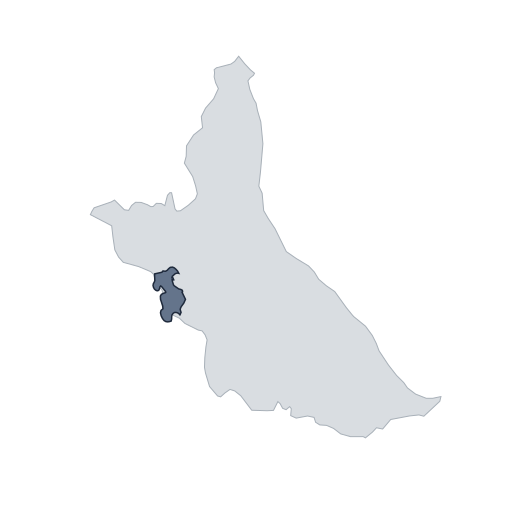 Moldova, with Grigoriopol highlighted, rotated 169°
{"feature_id": "MDA-1637", "entity_name": "Grigoriopol", "entity_type": "Territorial Unit", "adm_level": 1, "iso_a3": "MDA", "parent_name": "Moldova", "parent_adm1": "", "projection": "albers", "projection_center": [29.428, 47.137], "detail": "fine", "context": "in_parent", "style": "filled", "palette": "slate", "viewbox_px": 512, "rotation_deg": 169, "n_neighbors": 0, "source": "natural_earth", "source_scale": "10m", "svg_char_len": 3108}
<svg xmlns="http://www.w3.org/2000/svg" viewBox="0 0 512 512"><g transform="rotate(169 256 256)"><path d="M101.3,82.7L103.3,78.3L121.8,66.7L126.4,68.9L135.8,69.7L155.0,69.8L164.7,62.0L170.5,64.4L175.3,60.9L183.3,56.6L184.4,57.6L185.4,58.3L197.6,60.6L206.8,65.2L212.8,72.0L219.1,76.3L225.6,78.0L229.2,81.4L229.8,86.5L235.9,89.1L247.5,89.2L252.4,92.7L250.5,99.4L251.7,101.7L255.8,99.4L258.9,101.4L260.5,106.5L262.3,108.9L268.3,101.1L274.6,102.0L289.6,105.4L297.6,121.7L302.6,127.6L307.0,130.0L312.6,127.5L317.6,124.5L320.4,125.9L326.5,136.7L327.9,150.8L327.8,156.6L325.6,166.1L322.5,176.3L320.0,183.0L321.0,188.3L323.2,192.8L326.8,194.3L338.6,203.3L343.1,209.6L349.5,214.3L354.4,214.5L356.9,217.1L357.8,220.3L357.2,228.3L354.4,235.9L354.8,240.7L359.2,246.5L359.6,253.1L359.9,257.4L362.3,260.7L373.2,268.0L387.5,275.1L391.1,281.2L393.4,288.9L392.8,301.8L391.9,313.2L410.7,328.2L408.6,331.1L405.7,334.2L387.8,336.7L384.2,337.9L376.4,326.5L372.3,325.1L368.5,329.3L364.0,331.7L358.5,330.5L352.7,327.0L349.8,324.5L347.5,324.2L343.8,326.7L339.0,325.6L335.9,322.8L331.3,332.5L328.5,334.6L326.8,334.2L326.5,317.7L325.2,315.2L321.6,314.8L312.8,318.7L304.5,323.7L301.7,328.2L301.9,336.4L303.0,346.1L308.6,360.8L305.5,367.2L303.2,377.4L294.2,386.7L284.0,392.1L283.1,403.3L277.3,410.8L267.6,418.4L261.0,427.5L262.6,433.8L262.9,439.8L261.7,443.8L261.5,446.9L258.9,448.3L244.0,449.2L239.8,451.1L234.9,455.4L230.5,447.0L225.9,439.7L222.6,435.7L224.0,433.9L227.8,431.9L230.5,429.5L230.3,420.8L228.5,410.9L226.8,406.0L226.8,398.5L225.7,386.7L227.8,364.9L235.6,337.6L239.9,324.0L238.0,316.5L239.8,299.1L236.8,290.4L232.1,279.1L225.4,254.5L216.9,245.8L206.3,236.2L201.8,229.1L198.9,221.2L192.7,213.4L185.5,206.1L177.2,188.1L172.9,180.0L171.6,177.8L161.9,166.2L157.0,155.8L154.6,147.2L153.3,139.4L146.8,123.7L140.8,111.9L135.1,103.5L132.5,97.6L125.7,90.0L116.0,83.8L109.6,82.6L101.3,82.7Z" fill="#d9dde1" stroke="#a8b0b8" stroke-width="1"/><path d="M341.9,212.7L342.8,214.2L344.0,215.3L345.4,215.9L346.8,216.1L348.2,215.6L349.8,214.1L350.4,212.3L350.8,210.3L351.7,208.3L353.5,208.1L355.3,208.2L357.0,208.8L358.5,210.1L359.7,212.4L360.5,215.4L360.6,218.5L359.6,220.7L357.4,221.9L357.1,224.8L358.0,231.7L357.5,234.9L356.2,236.4L354.2,237.0L351.8,237.3L351.5,237.6L351.5,238.0L351.6,238.5L351.8,238.9L354.5,244.0L355.3,244.8L356.2,244.0L357.0,242.3L358.1,240.8L359.7,240.7L360.9,241.5L362.0,242.9L362.6,244.7L362.7,246.7L362.0,248.5L360.9,249.7L360.0,251.2L359.3,256.0L358.9,257.8L351.5,258.0L350.1,259.1L349.9,258.9L347.7,258.3L345.9,258.9L344.2,260.2L342.3,261.2L340.0,261.0L338.7,260.1L338.4,259.9L337.0,258.1L335.8,256.0L335.1,253.7L336.3,254.2L337.8,254.2L339.2,253.8L341.5,252.3L341.8,252.3L342.0,252.1L342.5,251.1L342.1,251.2L341.7,250.3L341.3,248.3L341.8,248.3L342.7,248.9L342.8,248.9L342.9,247.2L342.5,243.4L342.0,242.4L341.3,241.7L338.2,238.5L336.0,237.4L335.5,236.9L335.1,236.7L334.8,235.8L334.9,234.9L335.5,234.6L335.3,233.8L335.1,233.0L333.5,226.9L335.9,223.5L338.8,220.8L339.8,219.6L340.6,218.1L340.5,216.3L340.3,215.0L341.8,212.8L341.9,212.7L341.9,212.7Z" fill="#64748b" stroke="#1e293b" stroke-width="1.5"/></g></svg>